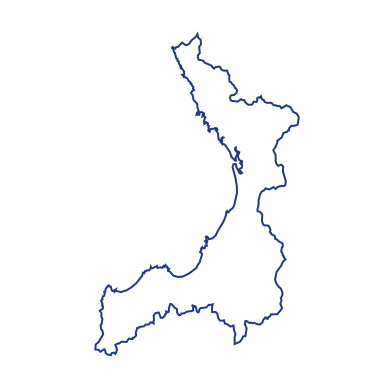 the district of Nuquí, Chocó, Colombia, rotated 353°
{"feature_id": "7082276B77502299141728", "entity_name": "Nuquí", "entity_type": "district", "adm_level": 2, "iso_a3": "COL", "parent_name": "Colombia", "parent_adm1": "Chocó", "projection": "mercator", "projection_center": [-77.319, 5.746], "detail": "fine", "context": "isolated", "style": "outline", "palette": "blue", "viewbox_px": 384, "rotation_deg": 353, "n_neighbors": 0, "source": "geoboundaries", "source_scale": "gbopen_adm2", "svg_char_len": 6051}
<svg xmlns="http://www.w3.org/2000/svg" viewBox="0 0 384 384"><g transform="rotate(353 192 192)"><path d="M227.5,341.4L229.6,333.9L228.3,329.8L229.2,326.7L230.4,326.7L232.9,329.0L234.5,328.7L235.6,329.7L237.6,329.4L241.6,331.6L243.3,331.7L245.8,330.4L247.1,327.7L249.3,325.5L250.0,325.4L250.5,326.7L251.7,327.1L252.5,325.6L254.4,324.8L255.4,323.1L261.8,323.7L266.9,318.8L267.1,317.4L266.0,313.8L267.7,310.5L267.2,308.5L269.2,305.1L269.5,302.8L268.5,298.8L266.6,296.8L264.7,293.4L263.7,289.0L266.2,281.7L271.4,276.2L273.9,272.1L276.6,270.3L275.4,268.2L275.3,266.9L274.3,266.2L274.5,264.8L273.3,261.7L274.5,258.0L275.4,257.3L275.7,254.9L275.1,253.6L272.5,252.0L270.8,249.9L268.9,248.6L268.8,245.7L265.6,243.5L265.3,242.0L264.4,241.2L265.3,239.0L264.3,235.5L263.2,234.5L260.3,234.1L258.7,233.1L257.9,229.4L259.0,222.9L257.4,220.3L254.7,219.0L254.8,217.6L256.7,212.1L257.1,208.3L259.2,202.9L261.0,200.2L264.0,199.0L265.5,197.4L269.2,198.9L273.5,197.0L275.5,199.2L277.5,197.4L281.8,196.8L283.6,197.4L285.4,196.5L286.4,193.2L284.8,182.6L285.6,177.9L284.1,175.8L280.6,176.4L279.3,174.5L278.8,171.1L279.5,165.7L277.8,160.3L280.6,157.2L282.9,152.9L282.9,151.6L287.8,148.7L290.0,144.5L293.6,143.9L294.6,142.7L295.8,142.7L296.1,140.7L298.6,138.3L300.7,138.8L304.7,138.2L305.5,136.9L307.1,130.5L305.3,126.8L302.2,124.9L300.1,119.9L296.3,117.4L290.9,119.8L290.0,117.9L288.6,117.1L287.1,117.2L286.2,116.4L283.5,115.7L281.9,113.3L277.3,112.6L275.2,111.6L274.3,109.2L273.2,108.9L272.5,107.8L272.2,105.4L270.6,106.6L269.5,106.2L268.1,106.9L268.1,108.6L267.0,110.5L264.3,109.9L262.3,112.6L258.3,112.2L255.6,109.1L255.2,107.3L252.9,106.7L252.2,105.8L248.3,107.8L242.5,106.4L241.7,105.7L241.1,103.0L242.2,100.9L245.8,100.8L248.2,99.1L249.2,97.1L248.3,94.6L247.4,94.1L246.5,91.1L245.2,90.0L244.2,87.9L242.7,87.1L242.7,83.8L243.4,80.8L242.5,79.9L241.6,75.7L238.5,75.5L236.7,74.6L235.7,73.4L235.3,71.4L234.0,70.8L230.3,71.0L229.1,72.2L227.4,70.6L226.9,69.0L220.5,65.3L219.1,63.0L214.5,61.4L214.3,57.4L216.7,54.9L216.8,48.6L218.9,46.5L219.1,41.9L217.1,39.8L216.6,35.9L214.7,38.5L210.4,41.1L207.0,44.7L204.9,45.5L203.4,45.3L200.4,42.5L195.7,46.3L193.9,46.3L193.0,47.6L190.2,45.7L189.7,46.6L190.8,47.8L191.2,51.0L192.0,51.8L192.7,57.6L193.8,58.0L193.6,60.1L194.9,60.9L194.6,63.1L196.5,65.5L196.5,67.0L195.8,66.4L196.0,68.1L197.1,68.1L198.8,71.5L198.5,74.7L196.6,74.5L198.1,76.7L198.0,77.9L198.4,77.1L199.1,77.1L201.3,78.7L202.0,81.1L203.6,82.7L203.8,84.4L204.6,84.4L205.1,86.5L206.2,88.0L205.6,89.4L206.5,91.0L204.4,91.9L203.1,93.5L204.4,96.0L204.7,100.7L207.5,104.4L207.9,105.9L207.7,108.9L208.6,112.5L206.9,113.7L206.1,115.4L206.8,115.1L207.5,115.5L207.3,116.1L208.7,116.2L209.1,113.8L210.2,114.1L211.0,113.6L213.5,115.4L213.2,117.0L212.0,116.7L211.5,118.5L213.2,117.9L214.3,119.4L212.7,122.5L212.5,124.7L213.5,124.5L213.0,125.7L214.9,124.8L216.3,125.9L215.6,127.5L217.0,128.6L216.3,129.6L216.4,132.7L215.7,132.7L215.9,133.5L216.9,134.3L217.3,132.8L218.6,131.7L220.9,131.9L222.6,131.3L224.3,131.8L225.2,134.0L224.0,132.6L222.9,132.4L223.1,133.7L224.1,134.7L224.9,137.0L224.8,143.2L227.3,144.5L227.8,142.4L229.2,141.2L229.6,141.1L229.0,141.5L229.8,141.8L228.1,143.0L228.1,145.4L226.5,145.6L228.2,148.6L229.3,148.2L230.8,149.7L234.5,157.0L235.4,161.7L238.6,166.2L239.6,166.1L239.5,165.4L238.5,165.4L238.6,164.9L242.2,158.7L239.8,155.5L240.4,153.4L241.0,153.2L240.6,155.3L241.1,156.5L243.8,158.3L241.7,162.3L242.9,166.3L245.3,167.4L245.2,168.8L244.3,168.2L243.3,169.2L245.1,171.8L244.3,174.1L242.2,174.8L241.7,175.8L244.0,179.2L242.8,179.7L241.5,179.2L239.1,172.8L239.0,169.8L236.6,169.4L235.3,172.1L236.8,182.9L237.2,191.5L236.5,198.6L232.2,210.5L230.5,212.9L227.3,214.8L226.0,216.5L224.9,216.5L224.5,215.2L223.8,215.6L222.6,219.8L219.5,225.5L213.1,233.5L210.1,238.2L206.4,240.5L203.1,240.9L202.2,238.6L201.2,237.9L200.3,238.1L201.1,242.5L200.4,242.7L200.1,242.1L199.8,242.7L199.3,242.1L198.9,242.5L200.6,244.2L199.9,245.1L200.1,247.2L198.8,247.0L197.7,249.4L197.0,249.0L195.1,249.3L195.1,248.3L194.2,249.2L194.0,251.3L192.6,252.5L194.1,253.9L194.4,255.1L191.0,262.8L188.4,265.6L187.3,267.7L179.4,272.4L172.4,274.9L167.4,274.5L163.4,272.8L160.0,267.9L158.7,267.7L158.6,266.6L159.9,265.4L158.5,264.7L158.3,263.1L157.2,262.8L156.9,261.6L156.2,262.5L155.6,262.0L155.4,262.8L154.5,262.2L153.5,263.6L151.4,262.9L148.6,263.2L147.9,262.2L148.2,261.3L143.1,262.9L142.3,262.7L142.0,261.4L141.4,263.2L140.0,264.6L137.9,264.2L136.6,265.1L135.9,264.7L134.6,266.8L133.4,266.1L132.4,269.0L125.4,275.9L120.3,279.2L114.8,281.7L109.2,282.6L104.0,280.7L104.6,279.4L103.0,280.2L102.8,281.1L102.4,280.4L101.8,280.9L100.4,279.9L99.8,275.9L98.5,275.8L98.0,274.5L97.3,274.8L94.4,277.7L93.9,280.3L92.7,280.4L92.9,282.4L92.2,284.3L90.9,284.6L90.0,286.4L90.1,287.7L88.6,288.6L89.5,292.3L88.9,293.8L89.7,294.4L89.2,297.0L86.0,298.7L87.3,301.0L86.9,305.2L87.6,307.0L86.2,312.1L85.1,313.1L85.0,316.8L86.2,318.8L86.5,322.4L81.1,329.5L77.8,331.7L76.9,336.5L80.1,337.4L81.6,339.4L85.8,337.3L86.5,338.5L86.7,341.4L88.7,343.2L91.7,344.0L92.6,342.2L94.8,341.9L96.3,343.3L98.4,339.4L97.3,334.4L100.0,333.3L101.4,333.5L103.8,332.0L108.8,332.9L111.4,329.9L115.0,330.7L115.3,329.5L116.7,329.5L119.1,327.6L119.0,324.9L121.0,320.3L122.3,320.5L123.3,319.5L127.7,319.5L130.0,318.0L133.2,318.2L134.9,316.2L138.0,317.7L137.8,315.9L138.7,314.7L138.9,310.0L141.1,307.7L144.3,307.5L145.7,313.0L147.2,313.3L149.5,312.1L150.3,310.2L151.5,309.5L151.8,307.4L153.5,308.3L154.3,308.2L155.0,304.4L156.7,300.5L158.2,300.9L160.6,304.7L162.6,306.1L162.9,307.5L162.4,309.4L163.7,312.4L164.3,312.7L165.3,312.7L166.6,311.3L169.3,311.5L172.4,310.1L176.8,310.2L178.8,309.7L178.8,307.6L179.5,306.8L178.5,305.2L178.7,304.6L181.7,306.2L182.2,310.8L182.8,311.9L183.8,312.2L185.5,308.8L186.3,308.3L192.1,308.3L195.0,306.0L196.3,306.4L198.9,306.0L197.9,308.7L197.3,313.5L200.9,314.1L202.2,315.7L202.8,320.8L203.9,322.9L206.5,323.5L208.1,323.2L208.6,326.5L210.6,327.4L213.9,330.3L216.9,329.6L216.9,334.0L217.8,338.5L216.6,341.3L215.9,348.1L221.1,346.6L223.9,343.8L224.9,341.6L227.5,341.4Z" fill="none" stroke="#1e3a8a" stroke-width="2"/></g></svg>